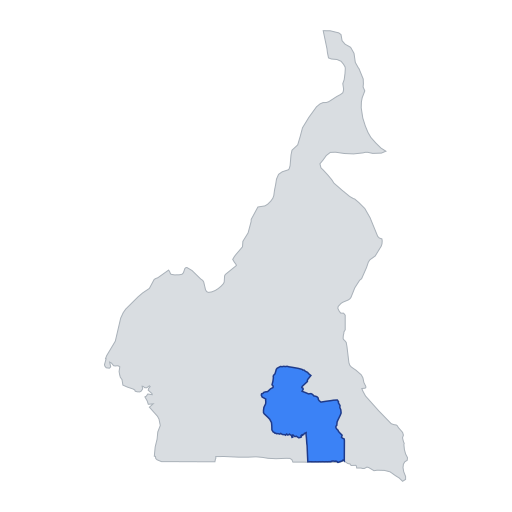 Haut-Nyong, Est, Cameroon (highlighted)
{"feature_id": "32672807B24706785822934", "entity_name": "Haut-Nyong", "entity_type": "district", "adm_level": 2, "iso_a3": "CMR", "parent_name": "Cameroon", "parent_adm1": "Est", "projection": "albers", "projection_center": [13.641, 3.366], "detail": "fine", "context": "in_parent", "style": "filled", "palette": "blue", "viewbox_px": 512, "rotation_deg": 0, "n_neighbors": 0, "source": "geoboundaries", "source_scale": "gbopen_adm2", "svg_char_len": 6161}
<svg xmlns="http://www.w3.org/2000/svg" viewBox="0 0 512 512"><path d="M105.5,358.7L106.7,355.6L115.3,341.2L120.7,318.1L123.2,312.7L125.7,309.1L138.1,296.8L142.7,292.9L149.4,288.4L154.2,279.4L155.8,278.5L157.9,277.7L168.6,270.1L169.6,271.6L170.3,273.4L171.0,274.3L174.5,274.9L179.2,274.8L182.0,274.3L183.4,272.8L184.9,268.5L185.8,267.7L186.9,267.5L192.0,270.5L200.6,278.9L202.7,280.4L203.7,282.0L205.5,289.7L206.6,291.6L208.4,292.4L211.7,291.9L215.2,290.5L218.2,288.6L221.2,286.1L223.3,283.8L224.2,282.1L224.6,275.9L225.3,274.5L236.4,265.5L236.2,264.7L234.3,262.1L232.7,259.4L234.4,256.5L236.1,254.3L242.5,246.8L242.9,241.3L248.1,232.9L251.1,221.6L251.2,219.4L257.9,207.0L264.9,205.9L267.7,204.2L270.8,201.1L272.8,198.3L273.8,195.6L274.5,190.3L275.7,184.3L276.5,179.1L278.6,174.3L282.2,171.8L288.3,169.8L289.2,168.8L290.1,165.6L291.0,155.0L292.0,150.2L297.7,144.9L300.2,136.5L302.5,127.8L308.9,117.3L316.5,106.8L320.0,103.9L323.0,102.6L326.4,102.5L328.7,101.7L336.8,96.5L340.2,94.7L342.7,92.9L343.3,91.3L343.6,89.0L342.8,83.6L344.2,79.6L345.0,73.5L345.3,68.7L345.1,67.0L343.5,64.2L341.1,61.3L337.0,59.5L331.4,59.0L328.5,57.9L327.4,52.4L327.0,48.9L323.2,30.7L330.3,30.8L338.8,32.9L341.0,34.6L342.1,40.8L345.2,44.3L350.6,47.3L354.0,53.3L355.3,62.4L358.3,67.8L359.0,68.7L363.2,79.0L363.4,83.8L363.1,87.0L364.8,90.9L362.2,97.7L361.4,101.9L361.2,107.8L362.8,118.1L365.3,126.0L368.0,132.5L370.9,137.5L375.8,143.0L381.0,148.1L385.9,151.2L381.4,153.1L372.7,153.4L367.7,152.3L365.3,152.3L362.9,152.9L353.6,153.9L344.3,153.5L335.6,152.2L330.3,152.4L326.3,155.5L323.0,160.1L319.9,163.8L321.0,167.9L323.3,170.1L327.8,175.0L331.8,179.8L333.9,183.1L341.9,190.1L349.6,196.4L353.3,198.6L354.7,199.0L358.9,202.6L364.8,208.5L370.1,217.8L377.7,236.4L379.3,238.0L381.9,238.9L382.2,240.9L382.0,243.8L381.2,246.2L375.2,256.0L370.0,259.7L368.4,262.0L366.5,267.6L361.6,278.7L359.6,280.3L354.8,287.8L351.0,297.3L350.0,298.7L348.4,299.9L342.9,302.2L341.0,303.4L338.2,306.4L337.8,308.3L339.1,311.0L340.7,313.1L343.6,313.2L345.2,315.2L345.2,329.8L343.9,332.0L343.9,333.0L343.3,335.6L343.1,338.4L343.5,339.5L344.6,340.4L346.2,342.4L347.0,346.9L348.9,362.7L349.8,365.3L351.3,367.0L356.2,370.4L361.3,374.9L362.9,377.8L363.9,382.6L365.8,386.4L365.8,387.7L365.0,388.2L361.8,388.5L362.9,391.2L365.5,396.0L378.6,410.7L391.2,423.7L394.1,424.7L396.3,425.0L397.3,425.8L398.4,427.6L402.6,432.4L403.4,435.1L402.5,437.8L403.5,441.8L404.2,443.3L403.9,444.7L404.4,449.6L405.6,454.0L407.5,457.7L407.2,460.3L404.8,461.8L403.4,464.2L403.0,467.6L403.7,471.7L405.6,476.5L405.6,479.4L402.6,481.3L399.2,478.0L395.5,475.7L390.0,471.8L384.4,470.4L377.1,470.2L374.0,470.7L368.6,467.5L366.9,467.1L364.5,468.4L362.8,468.5L360.8,468.0L356.7,468.0L356.3,465.8L355.6,465.3L351.1,465.5L349.8,463.7L349.2,463.9L347.4,463.3L343.8,460.6L340.1,462.4L332.3,462.2L292.9,462.1L291.9,459.7L289.9,458.4L286.4,458.3L276.0,458.7L268.0,458.3L262.6,457.4L255.9,456.8L247.6,457.2L239.2,457.2L224.1,456.5L215.7,456.6L215.9,458.1L215.4,459.2L214.9,461.8L161.4,461.6L157.1,459.8L155.8,458.6L155.4,456.4L154.3,456.2L155.2,446.9L157.1,439.1L157.8,431.9L160.3,425.5L159.0,419.1L157.5,416.3L149.4,407.2L153.2,403.8L148.3,404.3L147.2,400.9L144.9,396.9L146.3,396.2L147.8,394.0L152.2,394.7L152.0,393.6L148.2,390.2L148.6,388.5L150.2,386.6L149.4,385.8L146.7,387.8L144.7,387.7L143.2,386.4L142.1,386.2L142.7,388.8L141.2,391.1L139.7,391.9L137.2,391.8L135.2,391.2L134.7,389.9L132.8,388.9L127.4,387.1L122.9,385.1L122.0,379.6L120.3,377.2L119.6,374.5L119.1,371.5L119.8,366.8L118.6,366.0L117.3,365.7L115.4,366.0L113.6,365.7L111.5,363.1L109.6,362.1L110.7,366.8L109.4,368.2L106.2,367.8L104.8,366.0L104.5,364.6L106.1,358.8L105.5,358.7Z" fill="#d9dde1" stroke="#a8b0b8" stroke-width="1"/><path d="M273.2,376.8L273.4,377.6L272.9,381.4L272.0,384.8L272.9,385.7L273.2,386.8L272.9,387.6L270.6,388.8L267.6,391.6L265.4,391.9L263.8,392.4L262.8,393.5L261.6,393.8L261.3,395.1L262.2,397.1L264.1,398.1L265.8,399.1L265.6,400.2L265.8,401.7L265.6,403.9L264.2,406.7L263.8,407.8L263.8,408.1L263.5,410.3L263.5,411.9L263.5,412.6L264.2,413.8L268.0,417.4L268.1,417.5L269.7,419.2L271.5,422.6L271.8,426.0L271.9,429.9L273.2,432.0L274.0,432.3L274.9,433.2L275.7,433.1L276.4,433.7L278.0,433.6L279.8,434.1L280.7,433.4L282.4,434.5L284.8,434.7L285.6,435.2L286.0,434.6L286.7,434.0L287.6,435.0L288.9,434.7L289.4,434.1L291.0,435.2L291.6,435.9L292.0,437.4L292.7,437.2L292.1,435.4L292.1,435.2L292.9,434.9L293.9,435.9L295.0,436.6L296.2,436.2L298.8,437.8L299.6,437.6L300.9,437.3L301.4,436.8L301.0,435.8L301.5,435.2L302.3,435.3L302.3,434.7L302.8,434.6L303.6,434.7L304.4,433.4L305.7,432.9L306.1,432.7L306.0,434.1L306.4,437.6L306.8,443.4L307.1,445.7L307.5,455.3L307.8,461.8L308.0,461.8L309.0,461.7L313.0,461.8L314.8,461.8L315.4,461.7L316.0,461.8L318.0,461.8L320.2,461.7L320.4,461.8L320.6,461.8L321.2,461.8L321.9,461.7L322.9,461.7L324.6,461.8L326.0,461.7L327.8,461.8L328.2,461.7L330.6,461.7L331.0,461.7L331.2,461.4L331.6,461.2L331.8,461.2L332.1,461.1L332.6,461.1L332.8,461.1L333.2,461.0L334.2,461.2L334.8,461.3L335.2,461.2L336.2,461.3L336.2,461.2L336.6,461.3L337.2,461.6L337.3,461.8L337.6,462.1L337.8,462.4L338.1,462.4L338.3,462.2L338.5,462.2L340.3,461.5L341.7,461.1L341.9,461.0L342.2,460.8L342.5,460.7L343.0,460.1L343.4,460.5L343.6,460.5L343.9,460.2L344.0,460.1L344.3,460.5L344.4,440.7L344.2,439.0L342.5,438.2L341.5,437.3L342.1,435.2L339.4,432.5L338.4,431.3L338.0,430.2L337.0,429.4L335.9,427.7L335.9,426.3L336.8,425.3L336.8,424.9L337.1,421.9L337.9,420.1L340.4,414.9L341.1,413.0L340.8,409.8L339.8,407.5L340.0,405.5L338.4,402.8L338.5,401.7L337.3,400.0L333.5,400.2L331.1,400.6L325.1,401.4L320.9,402.1L319.1,400.6L318.3,399.4L318.2,398.1L317.3,397.0L316.2,396.5L316.1,396.4L313.8,395.9L313.1,395.0L312.2,394.2L310.9,393.6L308.5,393.9L306.0,392.8L302.1,391.3L302.7,390.1L303.2,389.1L302.9,388.2L301.8,387.6L302.2,386.4L307.4,381.5L307.3,380.7L307.5,380.0L307.7,379.5L310.9,375.5L309.0,374.0L307.5,372.3L305.4,371.3L304.1,370.1L302.7,370.0L302.1,369.4L301.3,369.2L298.4,368.4L292.8,367.4L288.9,366.8L287.1,366.3L285.2,366.6L283.8,366.3L282.1,366.7L280.7,366.5L280.4,366.5L277.2,368.2L276.3,369.3L275.8,371.1L275.0,373.8L273.5,375.4L273.2,376.8Z" fill="#3b82f6" stroke="#1e3a8a" stroke-width="1.5"/></svg>